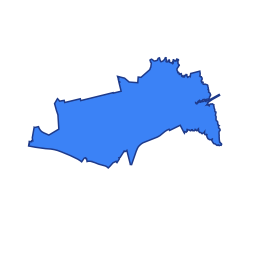 Albert-Eden Local Board Area, Auckland, New Zealand (Natural Earth projection), rotated 152°
{"feature_id": "76426892B596097138687", "entity_name": "Albert-Eden Local Board Area", "entity_type": "district", "adm_level": 2, "iso_a3": "NZL", "parent_name": "New Zealand", "parent_adm1": "Auckland", "projection": "natural_earth1", "projection_center": [174.717, -36.878], "detail": "fine", "context": "isolated", "style": "filled", "palette": "blue", "viewbox_px": 256, "rotation_deg": 152, "n_neighbors": 0, "source": "geoboundaries", "source_scale": "gbopen_adm2", "svg_char_len": 5550}
<svg xmlns="http://www.w3.org/2000/svg" viewBox="0 0 256 256"><g transform="rotate(152 128 128)"><path d="M67.0,91.2L66.7,90.3L65.9,89.9L65.5,88.8L65.4,88.3L65.2,88.1L64.1,88.3L63.4,88.1L62.2,88.7L62.4,88.4L62.6,87.9L63.1,87.4L63.2,86.5L63.0,85.8L62.1,85.6L61.9,85.5L61.6,85.5L61.4,85.2L62.1,84.4L62.2,83.7L62.4,83.3L62.5,83.0L62.3,82.4L62.5,81.5L62.4,80.9L62.2,80.7L61.6,79.5L60.9,79.0L59.4,78.5L58.0,79.0L58.9,78.6L59.4,78.2L59.9,78.2L59.9,77.3L59.8,76.7L59.9,75.9L59.6,75.0L59.7,74.8L59.7,74.1L58.3,72.7L58.0,71.7L57.6,70.9L57.2,70.7L56.4,70.8L56.2,70.1L55.4,69.5L54.6,69.6L53.9,69.0L53.3,69.4L52.9,69.8L52.9,70.4L53.5,71.7L53.4,72.0L53.7,72.2L53.7,72.5L52.6,75.5L52.0,76.6L51.8,77.3L51.1,78.4L49.9,81.1L49.0,82.3L48.4,82.4L48.0,82.8L47.6,82.9L47.4,84.4L47.8,85.1L47.7,85.3L47.9,85.6L47.7,86.2L46.9,87.3L46.7,87.2L46.4,87.3L46.8,87.8L46.8,88.2L47.1,88.6L46.7,89.1L46.9,89.6L46.0,91.1L46.0,91.6L46.1,91.9L46.1,92.3L46.5,93.0L46.3,94.3L45.9,94.9L44.9,96.6L44.8,98.3L43.0,100.5L42.9,100.8L42.9,101.0L43.5,101.4L43.5,102.0L42.6,103.9L42.7,104.3L42.6,105.1L42.4,105.7L42.1,106.1L42.0,107.5L41.8,107.7L41.3,108.0L42.2,109.8L42.4,109.9L42.6,109.8L43.0,109.9L43.9,110.5L44.4,110.6L44.8,110.3L45.2,110.3L46.0,110.1L45.6,109.2L45.4,109.1L45.5,109.1L46.0,109.6L46.0,109.9L46.7,110.6L46.9,111.3L47.4,111.4L47.1,111.5L46.4,111.4L46.6,111.7L46.2,111.7L45.7,112.5L45.9,112.9L40.4,113.6L31.8,113.8L31.8,114.8L44.2,114.6L46.6,115.0L46.4,115.2L46.6,115.4L47.0,115.5L47.1,116.3L47.7,116.0L49.0,116.0L51.2,116.8L51.9,116.7L52.1,116.9L52.1,117.1L52.4,117.3L52.9,117.9L53.5,118.2L53.5,117.7L53.7,117.4L54.8,117.5L55.2,117.4L55.6,117.0L56.0,117.1L56.3,117.3L56.5,118.4L56.4,118.6L56.0,117.9L55.9,117.5L55.6,117.4L53.9,118.3L53.7,118.3L53.4,118.4L53.1,118.7L52.2,118.7L51.9,118.9L51.8,118.7L51.9,118.0L51.8,117.7L50.9,117.5L50.5,117.5L50.3,117.4L49.1,117.5L48.6,117.9L48.6,118.5L48.4,117.9L48.0,117.6L47.2,117.4L46.5,117.0L46.3,116.1L44.7,116.4L43.3,115.7L42.0,116.3L41.2,117.4L40.6,117.5L40.3,117.9L39.6,118.2L39.4,118.7L39.5,119.3L39.2,120.1L39.6,121.3L39.9,121.6L40.0,121.9L39.5,122.3L39.2,123.1L39.2,124.2L38.9,124.1L38.9,124.6L38.3,125.6L38.1,126.9L37.7,127.8L37.6,128.5L37.7,128.8L39.5,130.7L40.1,130.7L40.5,130.3L40.3,130.9L40.9,131.3L41.1,131.7L40.9,132.2L40.2,133.1L40.4,133.4L40.8,133.7L41.2,133.7L41.0,133.9L41.4,134.6L41.1,134.9L40.9,135.6L40.4,135.9L39.9,135.9L39.1,137.3L39.3,138.1L39.2,138.8L40.0,139.3L40.0,140.1L40.2,140.3L39.4,140.9L39.2,141.5L38.7,142.2L37.9,144.5L47.1,146.7L48.5,144.7L48.5,144.8L51.5,144.7L51.5,145.2L51.4,145.5L51.6,146.2L51.0,147.5L51.7,148.0L52.4,147.4L52.7,147.3L53.7,148.0L54.1,147.7L53.9,147.1L54.0,146.9L54.3,146.6L54.7,146.7L55.1,147.2L55.9,147.7L56.1,148.1L55.4,148.5L55.6,148.8L56.0,148.5L56.2,148.9L55.8,149.9L55.8,150.7L55.5,150.7L55.5,151.1L55.9,151.2L57.1,151.0L57.5,151.2L57.5,151.6L57.1,152.2L57.2,153.2L57.9,153.3L58.1,153.5L57.6,154.5L57.7,155.6L57.5,156.3L56.9,157.3L55.6,158.1L54.6,158.5L54.0,159.2L53.4,159.2L53.2,159.8L53.7,161.4L53.2,162.1L53.1,162.6L52.7,163.2L53.0,163.8L52.7,164.2L52.1,164.1L51.6,164.2L51.4,164.7L52.5,166.0L54.3,164.8L54.6,165.1L54.8,164.9L55.1,164.9L55.3,165.5L55.6,166.7L55.9,167.0L56.0,167.0L56.2,166.9L57.0,165.3L57.6,165.5L57.9,165.3L57.5,164.7L57.5,164.3L58.1,163.8L58.4,163.8L58.6,164.7L59.2,165.2L59.3,165.4L59.7,165.7L60.5,166.7L60.4,167.2L60.0,167.4L59.6,168.2L59.7,168.8L60.4,168.8L61.8,167.8L62.4,168.0L63.1,168.4L63.2,168.6L63.1,169.2L62.7,169.5L62.3,169.6L62.0,170.2L62.1,171.7L61.7,171.7L61.4,172.0L61.7,172.4L62.4,172.4L62.9,171.8L63.5,171.4L65.2,170.9L66.0,170.7L67.8,171.0L67.9,171.4L67.8,172.4L67.7,173.4L67.3,175.1L67.4,175.3L68.7,175.3L70.4,174.0L72.7,174.5L73.5,174.9L74.5,177.0L74.9,177.7L76.4,177.8L76.8,177.4L76.9,176.0L77.1,175.8L76.9,174.4L79.3,171.0L80.0,170.6L81.3,169.3L92.7,166.6L95.1,168.2L98.1,163.4L105.4,168.0L107.6,173.6L113.0,178.5L113.2,177.5L112.7,177.0L113.1,175.8L113.6,176.0L114.4,172.9L113.7,172.7L113.8,172.4L114.0,172.5L114.1,172.2L114.6,172.3L116.8,163.7L124.6,165.7L124.5,166.2L156.9,174.4L156.4,176.2L171.9,180.2L171.4,182.4L175.8,183.8L176.1,185.7L176.5,187.0L181.4,184.0L182.9,177.3L183.7,172.5L189.6,159.5L201.2,158.9L204.8,163.5L206.0,165.5L206.4,167.0L206.6,168.5L206.6,169.7L206.4,171.2L210.3,172.3L210.5,172.7L217.1,164.3L218.1,161.5L218.7,162.1L219.1,162.0L219.6,161.2L220.5,161.8L221.3,162.2L221.2,162.3L221.5,162.5L222.4,161.0L222.1,160.9L222.7,160.1L223.0,160.4L224.2,158.8L218.8,154.5L210.5,148.5L205.9,145.6L203.2,143.5L200.8,141.3L198.1,138.3L191.9,130.8L187.0,124.1L185.5,121.5L184.8,119.9L181.1,121.8L180.5,121.9L179.4,121.6L179.6,120.7L179.2,120.6L179.0,120.4L179.5,118.7L179.9,117.6L179.0,117.4L177.5,116.7L175.6,115.4L175.7,115.2L173.7,113.2L170.9,109.9L165.9,105.2L165.0,104.0L164.2,102.0L161.6,102.8L157.6,104.3L154.2,104.2L154.3,103.5L154.0,102.6L150.1,104.8L150.0,106.0L148.8,105.7L142.8,109.1L142.7,108.9L142.4,109.1L142.5,109.3L142.2,109.5L141.1,108.4L139.5,108.8L140.5,105.0L142.8,95.5L143.1,94.7L142.0,94.0L131.6,103.7L129.5,105.4L128.2,106.3L127.2,106.8L124.9,107.5L123.3,107.8L121.5,107.9L106.2,106.2L103.4,106.3L97.0,107.6L94.5,107.8L92.3,107.6L92.4,106.3L80.6,105.9L80.7,97.4L80.6,97.0L79.7,98.3L79.3,98.0L78.7,97.0L78.0,97.2L77.3,97.3L77.0,97.6L77.1,97.9L77.0,98.3L76.5,99.0L76.0,98.6L75.9,98.1L74.7,97.3L74.5,96.6L74.2,96.2L73.4,96.1L72.8,96.7L72.0,96.3L72.1,95.2L70.7,94.4L70.1,94.5L69.4,95.3L68.8,94.8L69.0,94.2L68.8,93.6L68.5,93.2L68.0,93.2L67.3,93.5L66.7,94.1L66.3,94.2L66.6,93.7L66.5,93.1L66.8,92.9L67.1,92.4L67.1,92.0L66.9,91.4L67.0,91.2Z" fill="#3b82f6" stroke="#1e3a8a" stroke-width="1.5"/></g></svg>